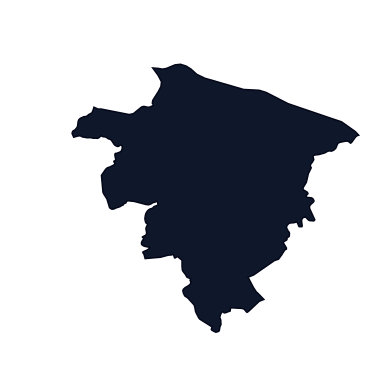 map outline of Nitriansky (Natural Earth projection), rotated 202°
{"feature_id": "SVK-1054", "entity_name": "Nitriansky", "entity_type": "Region", "adm_level": 1, "iso_a3": "SVK", "parent_name": "Slovakia", "parent_adm1": "", "projection": "natural_earth1", "projection_center": [18.337, 48.233], "detail": "fine", "context": "isolated", "style": "filled", "palette": "ink", "viewbox_px": 384, "rotation_deg": 202, "n_neighbors": 0, "source": "natural_earth", "source_scale": "10m", "svg_char_len": 5486}
<svg xmlns="http://www.w3.org/2000/svg" viewBox="0 0 384 384"><g transform="rotate(202 192 192)"><path d="M314.7,233.9L310.2,233.7L307.3,234.9L297.9,236.7L279.2,240.3L275.7,242.7L270.5,252.1L268.6,253.4L264.8,254.0L263.0,254.9L260.4,257.6L260.7,258.5L262.1,259.5L262.7,262.4L260.8,272.8L260.3,278.1L261.6,282.8L267.3,287.6L274.9,292.3L274.6,292.4L269.8,293.9L265.3,294.9L261.9,297.1L255.4,303.5L250.6,306.1L244.8,306.6L239.0,305.6L231.8,302.9L222.9,302.3L182.6,306.4L167.8,311.5L160.5,312.1L136.2,309.9L91.1,312.4L79.7,313.1L63.2,309.2L58.7,307.1L60.3,305.7L61.1,303.8L62.5,298.0L62.9,297.1L63.3,296.7L63.8,296.8L64.6,297.2L65.0,297.3L65.4,297.3L65.9,297.3L66.3,297.5L67.4,297.2L69.1,296.4L72.8,293.9L74.2,292.8L75.0,291.7L75.1,286.4L75.8,284.7L76.6,283.5L77.6,282.5L78.2,282.0L78.7,281.9L79.1,282.0L79.9,281.6L81.4,280.7L83.6,277.9L88.3,274.3L91.6,272.5L92.9,271.5L93.1,270.6L92.5,269.4L91.2,267.5L91.6,264.5L92.0,263.6L92.2,262.9L92.3,261.9L92.1,260.9L91.9,260.2L90.5,259.1L91.0,252.6L89.6,243.9L90.5,238.4L90.5,237.1L90.0,236.1L89.5,235.8L89.0,235.6L88.3,235.6L87.9,235.6L87.1,235.3L85.7,235.2L85.1,235.0L84.2,234.4L83.9,234.0L84.0,233.3L84.8,231.3L84.4,230.5L83.8,230.2L82.6,230.3L79.4,231.3L78.3,231.3L77.5,231.1L76.1,230.1L75.6,229.5L75.5,228.7L75.8,227.8L77.5,224.3L77.6,222.2L76.5,220.5L67.9,212.4L67.8,211.5L68.5,210.7L71.8,209.7L72.8,209.5L73.5,209.7L74.9,210.2L76.2,210.9L76.8,211.1L77.3,211.1L77.9,210.9L78.5,210.6L79.0,210.2L79.4,209.8L79.8,208.6L79.9,207.1L79.3,205.7L77.7,202.9L77.1,201.8L77.1,201.0L78.5,200.5L79.2,200.1L79.6,200.0L80.1,200.3L82.9,203.1L83.3,203.3L83.8,203.3L86.0,201.7L89.2,200.1L90.0,199.5L90.6,198.6L91.3,196.8L91.3,195.4L91.0,194.4L90.3,193.6L88.3,191.9L87.8,191.5L87.3,191.4L86.8,191.0L86.2,190.3L85.5,188.3L85.3,187.4L85.5,186.6L86.1,186.1L86.6,185.3L86.6,184.6L86.2,183.8L86.2,183.3L86.5,182.5L87.4,181.5L88.7,179.4L83.6,175.6L83.3,175.0L83.1,174.3L83.6,173.8L84.0,173.4L84.3,172.8L85.1,168.6L85.2,167.6L85.5,166.6L85.7,165.8L86.6,162.1L89.9,159.3L103.8,138.1L108.1,134.0L99.3,126.5L95.0,123.5L94.3,123.2L93.7,123.1L85.1,119.3L88.5,116.1L88.9,115.5L94.9,102.4L95.8,101.1L96.4,101.1L97.0,101.4L99.5,102.8L100.7,102.9L102.4,102.7L111.4,99.6L112.5,99.0L112.9,98.5L112.7,98.0L112.5,97.6L112.0,96.0L115.8,92.5L116.3,92.2L117.1,92.0L117.6,92.3L118.5,92.6L118.9,92.4L119.2,91.7L119.6,90.2L119.6,89.0L119.5,87.6L119.2,86.0L119.0,85.7L118.8,85.5L118.5,85.3L118.3,85.1L118.2,84.7L117.8,84.5L117.6,84.4L117.5,84.2L116.6,82.5L116.4,81.7L116.3,81.4L116.1,81.1L115.9,81.0L115.7,80.5L115.5,79.8L115.6,78.1L115.5,77.0L115.3,76.0L114.9,74.4L114.8,73.6L115.0,72.9L116.0,71.9L117.4,70.9L121.5,71.2L122.1,71.5L122.6,71.8L122.7,72.4L122.7,73.1L122.8,74.1L123.2,74.5L137.1,77.0L138.7,77.9L143.0,81.6L144.1,82.8L146.2,86.2L147.8,88.1L156.3,92.2L159.7,92.9L161.9,94.8L163.5,97.0L163.6,98.5L162.5,100.9L160.8,103.0L159.2,105.5L159.1,107.2L159.5,108.2L159.9,108.7L160.6,109.3L160.6,110.5L161.2,110.9L162.0,111.1L164.4,111.1L165.1,111.4L165.8,111.9L166.9,112.9L170.7,115.1L171.6,115.9L173.4,119.3L175.7,125.0L180.5,126.5L181.8,126.6L181.9,126.3L182.3,125.4L182.9,124.5L183.3,124.4L183.7,124.5L184.9,126.1L186.3,127.1L186.7,127.0L186.9,126.8L187.0,126.5L187.1,126.2L187.5,125.9L190.4,124.5L196.6,119.8L210.5,112.7L213.3,116.4L214.7,117.2L215.0,118.0L214.6,118.6L211.7,121.6L210.5,123.6L210.2,124.5L210.7,124.8L215.5,123.9L217.2,123.9L218.9,124.4L219.5,125.1L219.9,126.3L219.9,127.5L219.7,128.6L219.4,130.2L219.5,130.9L219.8,131.3L221.0,131.5L221.1,131.8L220.8,132.2L219.2,134.0L218.7,134.8L218.5,136.4L219.1,137.8L220.8,140.3L221.2,141.7L221.2,143.2L221.0,144.6L221.2,145.5L221.6,145.8L222.2,145.9L223.1,146.1L224.2,147.2L225.7,149.6L226.5,152.9L226.7,154.8L226.5,156.5L226.1,158.0L225.5,159.3L224.8,160.3L224.1,160.9L222.8,161.9L222.4,162.3L222.3,162.9L222.1,163.6L221.7,164.2L221.2,164.8L219.6,166.2L218.6,167.3L220.6,170.1L221.5,170.2L222.1,169.1L222.7,168.6L224.0,167.6L224.4,167.2L225.7,165.4L227.4,163.9L229.8,163.2L242.1,161.6L248.4,159.8L248.9,159.1L249.1,158.6L249.2,157.8L249.3,157.0L250.2,156.2L250.6,155.6L250.8,155.0L250.9,154.4L251.1,154.0L252.3,152.9L253.0,151.8L253.5,151.2L256.4,148.8L258.2,146.9L259.3,146.3L260.2,146.0L262.5,146.5L268.2,153.6L273.3,157.3L274.5,158.5L282.2,173.5L280.6,180.6L280.2,181.5L279.6,182.7L277.2,184.8L275.0,187.3L274.2,188.5L274.1,189.4L275.9,191.0L275.9,191.4L275.6,191.8L274.9,192.4L274.8,193.0L275.1,193.9L276.8,196.4L277.6,198.0L277.6,198.8L277.3,199.2L276.4,199.6L275.5,200.5L274.3,201.5L273.2,202.8L272.9,203.9L272.9,205.4L273.2,206.7L273.5,207.7L274.2,208.4L274.6,208.8L275.2,208.9L275.7,208.8L276.1,208.4L276.5,207.9L277.0,207.0L277.5,206.6L278.1,206.3L279.0,206.3L279.9,206.3L281.0,206.5L281.9,206.9L285.7,209.5L286.6,210.0L287.4,210.1L288.0,210.2L289.1,210.0L289.6,210.0L291.2,210.4L292.2,210.6L293.2,210.5L295.1,210.0L296.0,209.9L297.2,210.0L297.5,210.0L297.7,209.9L297.8,209.6L297.9,209.1L298.2,208.3L298.8,207.2L299.4,206.6L300.0,206.2L301.5,205.8L302.2,205.5L303.0,205.1L304.5,204.7L305.9,204.5L306.9,204.2L309.6,203.0L312.9,202.3L313.6,202.1L314.2,202.0L315.3,202.2L316.0,202.2L317.0,202.1L318.0,201.6L319.0,201.0L322.2,198.5L324.8,201.0L325.1,201.4L325.3,202.1L325.3,202.5L325.3,203.3L325.2,203.8L325.0,204.3L324.1,205.3L323.7,206.1L323.3,207.1L322.8,208.9L322.8,210.3L324.0,214.9L324.0,216.6L323.3,218.3L321.8,220.0L320.7,221.1L319.8,221.7L318.8,222.2L318.1,222.8L317.5,223.5L317.0,224.8L314.7,227.6L314.4,228.4L314.4,231.5L314.7,233.8L314.7,233.9Z" fill="#0f172a" stroke="#020617" stroke-width="1.5"/></g></svg>